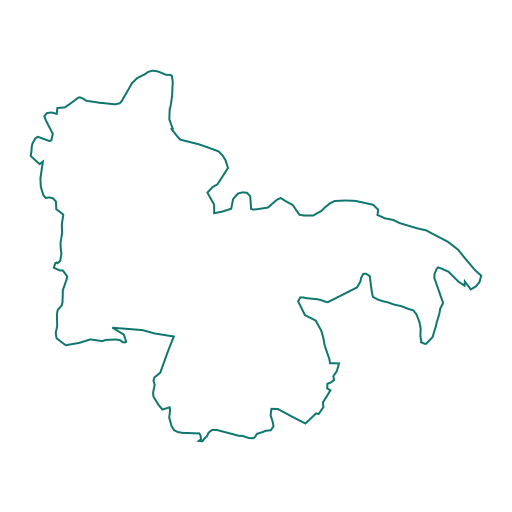 the district of Birkat Al-Sab, Al Gharbiyah, Egypt
{"feature_id": "37247803B30511282692114", "entity_name": "Birkat Al-Sab", "entity_type": "district", "adm_level": 2, "iso_a3": "EGY", "parent_name": "Egypt", "parent_adm1": "Al Gharbiyah", "projection": "albers", "projection_center": [31.097, 30.651], "detail": "fine", "context": "isolated", "style": "outline", "palette": "teal", "viewbox_px": 512, "rotation_deg": 0, "n_neighbors": 0, "source": "geoboundaries", "source_scale": "gbopen_adm2", "svg_char_len": 4267}
<svg xmlns="http://www.w3.org/2000/svg" viewBox="0 0 512 512"><path d="M373.2,204.8L355.6,200.9L345.3,200.5L344.3,200.5L343.2,200.6L334.7,201.0L330.1,203.3L325.4,207.0L324.7,207.6L321.4,210.9L317.3,213.2L313.2,215.5L303.7,215.5L299.4,214.7L292.8,205.1L285.1,200.8L284.3,200.3L280.6,198.0L276.7,199.9L267.8,207.6L258.4,209.0L256.3,209.3L253.2,209.6L251.1,208.9L250.8,204.3L250.6,201.8L250.4,198.5L250.2,196.2L249.2,195.1L246.8,192.7L244.1,192.5L242.3,192.4L237.9,193.6L233.1,199.1L232.1,204.3L231.2,208.7L222.6,211.5L221.4,211.8L214.2,213.2L214.1,204.6L207.4,192.6L210.9,188.9L212.5,187.1L217.4,184.4L228.0,168.0L225.9,161.5L225.5,160.2L224.0,157.8L223.0,156.0L218.8,151.5L213.3,149.4L199.5,144.5L180.2,139.6L176.8,135.8L171.6,129.1L172.7,128.7L169.3,119.4L169.7,109.4L170.7,105.4L171.6,99.4L172.2,94.5L172.4,88.6L172.7,82.8L172.7,81.6L171.8,75.7L169.9,74.9L166.0,74.8L163.2,73.6L161.3,72.8L158.2,71.6L157.4,71.3L152.6,70.7L150.9,71.0L147.6,72.2L144.1,74.8L143.2,75.0L141.3,76.0L137.2,78.1L133.9,81.3L132.9,82.3L131.9,83.3L130.1,86.5L124.9,95.6L121.7,101.1L119.6,103.4L114.9,104.3L105.2,103.3L103.6,103.1L101.5,103.0L98.6,102.7L97.0,102.3L90.6,101.4L87.0,100.9L85.9,100.5L83.0,98.6L79.8,97.3L78.3,97.7L77.4,98.3L72.1,102.3L70.9,103.2L64.9,107.4L57.4,108.0L56.7,113.9L51.6,112.5L47.0,113.0L44.3,116.2L46.1,120.8L52.8,133.9L51.3,140.4L49.4,141.0L37.8,136.8L35.4,138.4L35.2,138.6L32.4,143.7L31.6,147.6L31.6,150.2L30.7,156.0L39.6,164.1L42.9,161.6L41.5,170.8L40.4,178.4L40.8,186.8L42.0,190.7L43.1,194.7L45.6,198.0L48.9,197.4L52.8,198.2L55.9,201.5L56.3,209.3L60.1,212.0L63.3,214.7L62.2,221.9L61.8,224.1L62.1,232.8L61.3,238.0L60.5,243.2L60.7,247.1L60.9,250.3L61.4,253.6L60.6,258.8L59.9,261.3L57.5,263.2L56.6,262.5L55.3,263.2L54.4,265.9L53.8,267.7L59.6,270.4L62.8,270.5L65.3,273.8L67.2,276.5L66.5,279.7L62.9,290.0L62.8,291.8L62.7,297.1L62.6,298.6L62.5,302.3L61.7,305.5L57.7,310.0L56.9,314.5L57.2,325.5L56.5,329.4L55.7,332.6L56.2,336.5L56.8,338.5L59.6,340.6L65.7,345.2L78.8,343.0L87.9,340.2L90.5,339.4L102.2,341.1L106.1,339.9L115.9,339.5L120.4,340.3L122.9,342.3L124.9,342.4L126.2,341.8L123.8,334.6L114.9,329.1L112.3,327.7L142.4,330.1L154.8,333.5L158.7,334.1L173.8,336.5L168.4,350.1L160.3,372.6L154.3,377.6L153.5,380.8L154.7,384.8L153.2,391.9L153.1,394.4L153.7,397.1L158.6,405.0L162.4,409.6L169.6,407.3L170.1,410.5L169.2,417.6L171.1,424.4L171.6,426.1L174.0,430.1L176.6,431.5L178.5,432.2L183.0,432.9L190.2,433.1L194.7,433.3L196.7,433.3L198.0,433.4L199.3,433.4L200.5,435.4L201.0,439.3L198.9,440.9L202.3,441.3L202.9,440.6L204.9,438.1L207.0,436.2L208.4,433.0L209.0,432.4L210.4,431.1L212.3,429.9L216.9,430.0L231.0,433.7L233.0,434.2L238.8,435.8L242.7,435.9L249.1,438.1L253.6,438.2L255.0,436.9L257.0,433.8L262.9,432.0L265.5,430.8L270.7,430.3L273.5,426.4L272.9,422.5L270.6,415.3L271.4,408.9L274.0,408.9L277.9,409.0L283.0,411.8L288.1,414.5L291.9,416.6L305.4,423.5L316.1,413.4L318.6,414.1L323.4,407.1L322.9,402.5L330.4,390.4L327.2,388.4L327.4,383.9L328.7,383.2L330.6,382.6L334.0,380.1L333.4,376.2L336.8,371.1L338.7,364.7L339.0,363.4L330.0,363.2L329.4,359.2L327.6,354.0L324.7,345.5L323.0,336.4L321.2,330.5L315.7,320.6L304.9,315.1L303.0,311.1L298.1,301.3L299.5,298.8L300.2,297.4L303.5,297.5L306.7,298.2L317.0,299.2L320.3,299.9L326.7,302.1L328.0,302.1L357.0,287.4L360.4,281.6L361.2,277.7L363.3,273.9L365.8,273.7L369.7,276.0L371.8,291.7L372.9,296.9L378.0,299.6L381.3,300.7L382.5,301.1L388.3,302.5L394.1,304.6L401.2,306.1L405.2,307.7L408.2,308.9L413.4,310.4L416.5,314.4L419.5,322.2L420.6,328.1L420.4,335.9L421.3,341.4L421.0,342.2L424.7,343.8L426.0,343.8L428.6,341.3L432.7,336.9L434.1,331.7L435.6,327.2L437.0,321.4L439.2,314.4L439.5,312.7L440.3,308.4L441.3,306.5L443.1,302.9L442.6,301.6L434.3,277.9L434.4,276.3L434.4,274.5L436.1,270.1L436.5,269.2L437.9,267.4L442.7,269.0L443.6,269.6L448.5,271.7L458.6,281.8L460.0,282.7L464.5,285.7L464.7,283.0L464.8,281.5L467.9,285.7L468.6,286.4L470.2,288.6L470.7,289.4L475.7,286.6L479.5,282.1L480.9,276.6L481.3,275.7L475.3,270.4L471.1,265.5L464.9,258.2L460.1,252.2L458.3,249.9L453.9,246.4L447.7,241.7L439.9,237.6L437.3,236.3L432.0,233.5L428.8,231.8L426.4,230.4L417.8,228.5L408.7,225.8L400.7,223.4L399.6,223.1L393.9,220.3L393.1,219.9L384.9,218.3L380.9,216.5L377.5,215.0L378.2,209.6L377.4,208.9L373.2,204.8Z" fill="none" stroke="#0f766e" stroke-width="2"/></svg>